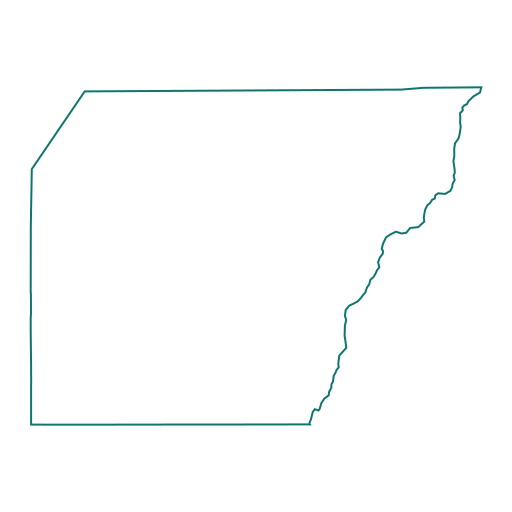 Montezuma, Colorado, United States of America
{"feature_id": "52423323B17337947288307", "entity_name": "Montezuma", "entity_type": "district", "adm_level": 2, "iso_a3": "USA", "parent_name": "United States of America", "parent_adm1": "Colorado", "projection": "mercator", "projection_center": [-108.315, 37.319], "detail": "fine", "context": "isolated", "style": "outline", "palette": "teal", "viewbox_px": 512, "rotation_deg": 0, "n_neighbors": 0, "source": "geoboundaries", "source_scale": "gbopen_adm2", "svg_char_len": 1615}
<svg xmlns="http://www.w3.org/2000/svg" viewBox="0 0 512 512"><path d="M31.1,424.6L67.2,424.7L69.1,424.7L209.0,424.5L209.3,424.5L244.1,424.5L309.9,424.4L309.5,423.8L309.8,421.9L310.8,419.9L311.7,416.2L312.7,412.2L314.8,409.2L316.8,409.9L318.4,410.5L319.5,409.2L320.5,406.2L321.2,403.4L324.3,398.6L328.7,395.3L329.1,391.9L331.3,387.8L331.4,384.4L332.9,381.9L333.4,378.7L333.6,376.1L335.3,373.1L336.6,369.9L338.7,367.4L338.3,363.8L338.7,360.0L339.3,355.6L346.3,347.8L345.5,341.6L344.6,335.8L344.9,325.6L346.2,320.0L344.9,315.7L345.7,310.0L349.3,305.6L352.8,304.0L357.9,301.3L360.9,297.9L363.9,294.0L365.3,292.5L367.0,287.4L369.2,284.4L370.4,279.8L373.7,276.8L375.8,273.1L377.0,270.3L379.3,267.3L378.1,262.2L379.7,257.8L382.8,253.6L383.0,250.9L381.7,248.9L383.0,243.8L386.0,237.4L390.1,234.6L395.9,231.7L401.5,233.5L406.2,232.8L410.2,228.0L418.3,227.1L421.5,224.1L424.3,221.6L423.8,217.7L424.5,212.8L425.4,209.1L427.5,205.1L429.9,203.3L432.2,199.7L434.7,198.6L435.4,195.2L438.2,193.3L441.5,193.6L445.2,193.9L447.9,192.3L450.4,190.8L452.2,187.0L452.7,183.4L454.7,180.1L453.6,175.7L454.8,172.6L454.6,169.5L453.9,164.6L453.4,161.1L454.2,156.9L454.3,153.7L454.2,148.8L455.0,143.3L458.5,138.6L459.6,134.3L460.3,130.0L460.7,126.1L460.1,123.1L460.3,117.8L460.1,115.0L460.2,112.7L461.7,111.7L462.8,110.3L462.3,107.6L464.1,105.5L466.9,104.2L468.5,101.1L473.3,96.5L480.0,92.5L481.3,87.3L423.5,87.8L401.1,89.6L84.7,91.4L31.8,169.1L30.8,227.0L30.7,292.8L30.9,293.1L31.0,313.4L30.7,318.1L30.7,331.0L31.1,365.3L31.1,366.7L31.1,373.6L31.2,378.8L31.1,384.9L31.1,385.9L31.1,424.6Z" fill="none" stroke="#0f766e" stroke-width="2"/></svg>